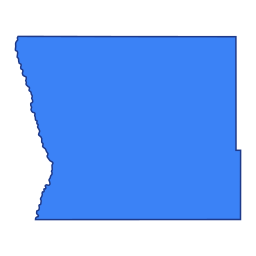 Kittson, Minnesota, United States of America
{"feature_id": "52423323B36938484701333", "entity_name": "Kittson", "entity_type": "district", "adm_level": 2, "iso_a3": "USA", "parent_name": "United States of America", "parent_adm1": "Minnesota", "projection": "mercator", "projection_center": [-97.14, 48.772], "detail": "fine", "context": "isolated", "style": "filled", "palette": "blue", "viewbox_px": 256, "rotation_deg": 0, "n_neighbors": 0, "source": "geoboundaries", "source_scale": "gbopen_adm2", "svg_char_len": 2202}
<svg xmlns="http://www.w3.org/2000/svg" viewBox="0 0 256 256"><path d="M240.5,219.5L240.6,150.3L236.0,150.3L235.9,36.7L120.3,36.6L18.1,36.4L17.4,37.7L17.4,38.2L17.7,39.3L17.6,40.1L16.7,41.1L15.9,42.4L15.6,43.6L15.7,46.6L15.4,49.2L15.4,50.1L15.8,50.6L17.1,51.2L17.4,51.7L17.6,52.4L17.6,53.4L17.2,56.5L17.2,57.2L18.4,58.4L18.6,59.4L18.7,61.3L19.2,63.2L20.8,64.1L21.1,64.8L21.1,65.7L20.7,66.9L20.7,68.0L21.0,68.9L22.3,69.6L22.8,70.2L22.9,71.3L22.4,72.9L22.4,73.6L22.9,75.1L23.7,75.8L26.0,76.9L26.3,77.5L26.2,79.3L25.7,80.5L26.3,82.2L26.3,83.0L26.0,84.0L26.3,84.8L28.2,86.7L29.0,87.1L29.4,87.6L29.5,88.1L29.1,89.9L29.1,90.5L29.6,91.0L30.4,91.5L31.0,92.3L31.3,94.2L32.2,95.7L32.2,97.0L31.8,97.9L31.7,98.4L32.5,100.0L32.7,101.7L32.5,102.1L32.2,102.5L30.9,103.3L30.7,103.9L30.8,105.4L31.6,107.1L31.0,109.7L31.4,110.7L31.8,111.4L32.6,112.2L34.1,112.7L34.8,113.2L35.0,113.8L35.0,114.2L34.7,115.0L34.7,115.6L35.3,117.3L35.4,119.1L35.5,119.9L36.0,120.4L36.8,120.6L37.1,121.1L36.9,122.0L36.9,123.5L37.1,123.9L37.9,124.3L38.1,124.7L37.9,126.0L37.7,126.4L37.6,126.9L37.7,127.3L37.9,127.8L38.3,128.1L39.6,130.7L39.6,131.6L38.6,134.2L38.7,134.9L38.9,135.2L40.8,136.8L41.7,138.5L41.7,141.9L41.9,142.5L42.8,143.3L43.0,143.8L42.9,145.3L42.6,146.1L42.8,146.6L43.1,147.1L45.2,148.7L45.7,149.5L46.6,151.7L47.9,153.4L47.7,155.2L47.1,155.9L47.3,157.0L49.9,160.6L52.5,162.2L52.8,162.7L52.9,163.1L52.8,163.6L52.2,164.7L52.0,165.4L52.2,168.7L52.2,170.0L51.8,170.5L51.5,171.3L52.0,172.4L52.0,173.8L51.7,174.7L51.0,175.4L50.6,176.2L50.1,178.1L49.2,179.4L49.0,180.1L49.6,181.7L50.0,183.5L49.9,184.2L49.7,184.6L49.1,185.1L48.2,185.3L46.7,184.8L45.5,185.3L45.3,185.6L45.3,186.4L45.8,187.1L45.8,187.9L45.6,188.6L45.4,188.9L44.2,188.8L43.9,189.6L44.1,190.6L43.9,191.6L43.5,191.9L42.6,191.9L42.3,192.3L42.1,193.5L42.3,194.3L42.1,195.5L41.4,197.2L40.9,197.9L40.6,198.4L40.6,199.4L41.0,200.2L41.2,200.9L40.8,203.7L40.6,204.3L40.3,204.6L39.4,204.8L39.0,205.4L39.1,206.5L39.3,207.2L39.2,208.4L39.1,209.3L38.5,210.2L37.0,210.8L36.7,211.6L36.6,213.2L36.8,213.7L37.3,214.4L37.9,214.8L38.4,215.6L38.3,216.3L38.0,216.7L37.4,216.7L36.1,217.5L35.8,218.0L35.6,218.5L35.5,219.6L240.5,219.5Z" fill="#3b82f6" stroke="#1e3a8a" stroke-width="1.5"/></svg>